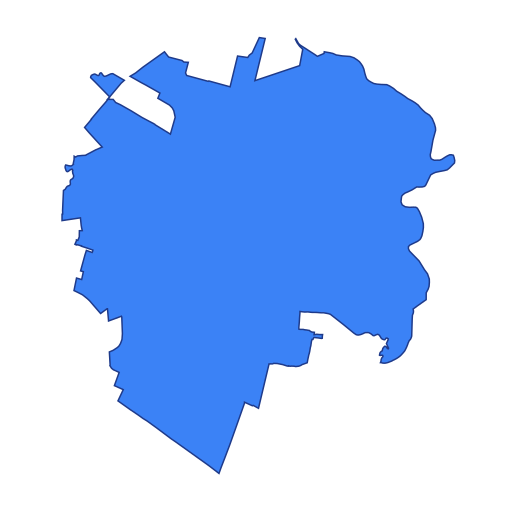 Giroc, Timis, Romania, rotated 272°
{"feature_id": "2599482B4901779350201", "entity_name": "Giroc", "entity_type": "district", "adm_level": 2, "iso_a3": "ROU", "parent_name": "Romania", "parent_adm1": "Timis", "projection": "robinson", "projection_center": [21.239, 45.682], "detail": "fine", "context": "isolated", "style": "filled", "palette": "blue", "viewbox_px": 512, "rotation_deg": 272, "n_neighbors": 0, "source": "geoboundaries", "source_scale": "gbopen_adm2", "svg_char_len": 6025}
<svg xmlns="http://www.w3.org/2000/svg" viewBox="0 0 512 512"><g transform="rotate(272 256 256)"><path d="M431.8,380.7L431.8,375.1L432.0,370.9L432.5,367.7L433.8,364.9L435.2,362.4L437.0,360.4L439.4,359.4L442.7,358.3L446.5,357.3L449.5,355.9L451.5,354.5L453.8,352.6L455.5,350.3L457.5,347.0L458.7,343.0L459.0,335.2L459.6,330.2L459.6,329.5L461.1,325.8L461.7,322.7L462.3,318.3L462.5,317.1L460.8,316.9L457.7,310.4L459.5,307.6L468.2,293.0L469.8,291.1L474.6,288.2L474.0,287.7L470.4,289.7L467.1,292.3L464.2,295.5L447.8,293.0L431.2,248.8L473.7,257.6L474.4,251.7L458.8,245.1L456.5,242.3L454.1,240.8L455.2,230.6L424.2,224.2L429.3,202.7L428.9,202.1L434.0,180.4L436.5,179.2L447.2,181.6L447.3,177.2L448.8,175.2L451.8,161.7L456.9,157.4L440.7,136.3L436.7,131.6L434.8,129.4L431.2,123.9L425.3,135.2L422.9,140.1L415.5,154.3L410.2,152.4L403.8,164.3L401.0,167.2L398.2,168.8L391.8,170.4L374.8,166.2L383.7,150.5L384.1,150.3L390.5,137.2L396.6,126.4L402.4,115.3L404.5,110.4L407.5,107.8L407.5,107.3L407.4,102.6L409.8,104.3L409.9,104.2L424.0,115.2L427.0,118.3L433.2,106.6L433.2,105.9L432.9,104.4L432.4,103.4L431.1,100.9L430.6,99.8L430.3,98.7L430.3,98.3L430.4,97.9L431.2,96.9L433.4,95.2L433.6,94.9L433.6,94.3L433.2,93.7L432.8,93.4L431.4,92.9L430.9,92.4L430.8,91.9L430.9,91.5L432.0,89.2L432.2,88.6L432.2,88.1L431.7,86.8L431.1,85.7L430.8,85.2L430.4,85.0L429.6,84.6L428.8,84.5L428.5,84.5L424.2,89.2L410.0,104.1L407.0,101.8L406.8,102.1L404.5,100.4L396.6,94.0L387.0,86.5L386.8,86.7L378.5,80.2L373.6,84.7L366.0,92.1L359.5,98.5L356.5,92.1L351.0,82.5L350.7,82.3L350.4,78.8L349.8,74.2L348.6,72.2L349.4,70.8L345.9,70.8L341.9,70.1L341.4,70.4L340.2,69.2L339.7,68.5L339.5,67.6L339.6,66.7L339.6,66.1L340.2,63.4L340.3,62.6L339.3,62.2L338.4,62.1L337.4,62.2L334.7,63.2L333.9,63.9L333.7,64.5L333.9,65.2L334.4,65.9L335.6,67.3L336.2,68.3L336.4,69.1L335.9,69.6L335.1,69.9L334.7,69.6L332.3,70.0L330.4,70.8L329.5,71.0L328.7,70.9L327.1,70.2L325.9,68.4L325.4,68.0L325.0,67.8L323.7,67.7L321.7,68.0L321.3,68.0L320.8,67.8L320.2,67.3L319.9,67.0L319.4,65.6L319.0,64.9L318.0,64.1L316.0,63.0L314.8,61.3L294.9,61.1L291.9,61.3L290.9,61.2L290.9,60.7L284.6,60.9L288.0,79.2L280.7,80.2L278.2,80.7L275.3,81.5L275.1,78.6L268.9,78.7L265.4,77.4L265.8,76.0L264.9,76.0L261.4,74.6L260.9,75.7L261.2,75.8L260.9,76.8L260.9,76.7L260.8,76.8L261.0,77.3L260.4,79.5L260.1,81.2L259.7,81.1L258.0,87.0L256.2,92.8L254.7,92.5L253.8,92.1L255.7,86.3L251.0,85.0L235.0,81.2L234.3,84.0L226.4,82.6L227.7,77.4L215.1,75.3L213.4,79.2L211.2,83.9L207.5,88.9L205.5,91.2L193.1,102.7L198.1,109.0L198.1,109.4L187.7,110.7L185.9,110.9L191.1,123.6L190.2,124.0L173.7,125.2L168.1,125.0L167.0,124.7L163.8,123.6L162.5,122.9L161.0,122.0L159.5,120.4L156.8,116.6L155.0,112.8L142.1,114.0L141.4,113.8L138.8,115.5L137.3,117.5L134.9,123.3L121.5,119.0L117.8,128.0L106.4,123.1L97.8,136.1L93.2,143.5L89.6,148.9L87.5,152.6L81.2,162.0L70.2,177.8L67.7,181.8L44.5,216.7L37.4,226.6L43.1,228.4L53.2,231.9L66.2,236.3L84.5,242.1L108.4,249.6L109.5,249.6L106.2,257.6L106.6,258.4L103.9,263.8L148.6,272.8L148.6,273.8L148.8,274.4L148.7,274.8L148.8,276.5L149.3,277.4L149.3,281.0L148.4,286.5L147.2,290.7L147.0,292.1L147.4,292.3L147.0,293.8L147.2,295.1L147.2,296.7L147.2,297.8L146.9,299.6L147.4,302.7L148.2,304.6L149.0,305.7L151.1,310.9L155.1,311.5L156.6,311.8L159.0,312.2L160.4,312.6L162.5,313.0L166.4,313.5L168.1,313.9L172.6,314.4L174.6,314.9L174.6,315.8L176.5,316.6L176.6,317.5L176.5,318.1L176.3,321.0L176.0,323.5L175.9,324.5L176.1,325.1L178.0,325.1L179.8,325.3L179.7,322.5L179.9,319.3L179.4,316.8L181.8,317.0L181.9,314.9L182.2,313.8L182.9,312.6L183.5,311.8L183.6,310.4L183.8,309.5L183.9,307.9L184.1,306.5L184.3,305.7L184.2,302.6L184.4,301.4L185.9,301.3L191.8,301.6L196.1,301.7L200.4,301.9L202.1,301.9L201.9,303.9L201.8,305.2L201.7,306.8L201.9,309.1L201.9,310.4L201.7,312.4L201.6,314.5L201.7,316.7L201.7,318.8L201.5,323.3L201.6,325.7L200.9,330.4L200.3,332.4L190.6,345.7L182.2,356.7L181.6,357.7L180.9,358.8L180.7,359.6L180.6,360.2L180.6,361.1L180.8,362.1L181.2,363.5L182.0,365.4L183.2,367.6L183.4,370.3L183.3,371.5L182.4,373.3L181.5,374.6L180.5,375.9L180.5,377.0L181.4,378.7L182.0,380.3L181.6,381.4L180.9,382.2L178.1,384.1L177.4,385.0L177.0,386.1L176.8,386.9L176.8,387.6L177.3,388.1L178.3,388.7L178.6,389.7L177.8,391.1L177.1,391.0L173.0,389.4L171.5,390.2L171.1,390.3L170.6,390.6L170.0,390.9L168.5,391.7L167.8,391.3L168.3,390.4L169.7,389.3L170.2,388.6L170.3,387.8L169.5,387.0L168.3,386.1L167.5,385.8L165.7,385.5L165.2,384.7L164.2,383.7L163.5,383.3L161.5,382.9L161.1,382.9L160.9,383.6L161.2,384.6L161.2,386.0L160.7,386.3L159.8,386.3L158.4,385.2L157.5,384.9L156.9,384.7L155.2,384.6L153.8,384.1L153.8,384.8L153.4,386.5L153.4,388.6L153.8,390.4L154.2,391.7L155.8,395.4L156.6,396.6L157.1,397.7L158.5,400.1L159.7,401.8L160.8,403.2L161.9,404.3L163.0,405.3L163.7,405.8L164.3,406.4L166.3,407.9L167.7,408.6L170.2,409.7L172.7,410.6L174.4,411.1L176.8,412.1L177.9,413.1L178.8,413.6L180.8,414.3L181.8,414.4L198.3,414.3L202.3,414.4L203.4,414.8L204.6,415.2L205.6,415.3L206.6,415.3L208.5,414.9L212.0,419.3L218.3,427.6L225.2,427.4L228.9,429.2L231.7,430.0L235.7,430.2L239.0,430.0L244.2,428.0L248.1,424.9L256.8,419.1L266.2,409.3L268.5,408.1L270.7,408.0L272.3,409.4L276.4,417.1L278.2,419.3L279.5,420.1L282.0,421.1L286.4,421.9L290.4,422.3L294.2,422.1L300.6,420.2L306.1,417.7L309.4,415.6L310.3,414.1L310.3,411.5L310.0,407.6L310.4,403.4L312.2,400.3L315.2,399.0L319.3,399.3L320.9,399.5L322.5,400.8L324.1,402.8L325.3,405.4L327.5,409.6L330.6,414.2L330.6,416.7L330.8,419.7L331.5,422.1L332.8,423.2L338.3,425.6L343.1,427.7L344.7,430.1L345.9,432.6L346.8,436.2L348.0,441.5L348.8,444.1L350.7,446.3L355.9,451.1L358.3,451.3L361.2,450.6L363.6,449.7L364.0,447.7L363.9,446.0L362.6,443.5L361.1,441.2L359.1,438.4L358.2,436.3L358.1,433.8L357.9,430.8L358.7,428.8L359.4,427.6L361.2,426.9L363.3,426.6L366.5,427.2L378.0,428.8L387.9,431.1L390.4,430.9L394.3,429.7L399.5,427.3L402.7,424.6L405.3,420.2L407.6,417.5L409.9,415.1L412.5,412.8L414.8,409.5L416.5,406.5L418.6,402.2L420.7,399.2L423.0,395.5L425.6,390.8L428.2,387.7L430.6,383.6L431.8,380.7Z" fill="#3b82f6" stroke="#1e3a8a" stroke-width="1.5"/></g></svg>